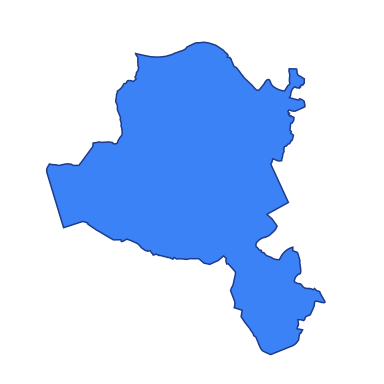 Phachi, Phra Nakhon Si Ayutthaya, Thailand (orthographic projection), rotated 8°
{"feature_id": "78962969B2031869857401", "entity_name": "Phachi", "entity_type": "district", "adm_level": 2, "iso_a3": "THA", "parent_name": "Thailand", "parent_adm1": "Phra Nakhon Si Ayutthaya", "projection": "orthographic", "projection_center": [100.735, 14.433], "detail": "fine", "context": "isolated", "style": "filled", "palette": "blue", "viewbox_px": 384, "rotation_deg": 8, "n_neighbors": 0, "source": "geoboundaries", "source_scale": "gbopen_adm2", "svg_char_len": 5916}
<svg xmlns="http://www.w3.org/2000/svg" viewBox="0 0 384 384"><g transform="rotate(8 192 192)"><path d="M45.7,193.1L69.8,245.2L87.7,236.5L88.4,236.4L89.5,236.6L89.9,236.5L92.9,237.2L93.0,237.3L93.0,238.1L94.3,238.5L94.3,238.8L102.8,243.0L106.8,244.5L112.8,247.1L120.5,250.2L121.1,250.3L128.1,249.2L128.3,249.3L128.8,250.7L129.0,250.9L130.5,250.4L131.6,249.6L134.0,247.7L134.7,247.9L137.0,248.3L143.9,250.2L145.5,250.9L146.8,251.7L149.1,253.7L150.1,254.5L152.7,255.8L154.1,256.4L156.4,256.8L158.7,255.9L160.5,258.0L161.3,258.3L162.4,259.9L165.4,258.4L166.1,258.9L167.6,259.0L167.7,259.4L170.4,259.3L172.6,259.7L175.8,259.9L176.7,260.2L179.3,260.1L180.0,260.4L182.3,261.2L182.5,261.0L183.3,259.3L186.0,260.5L188.1,260.0L191.3,259.6L196.0,259.5L197.0,259.1L200.2,258.1L201.9,258.0L207.1,257.2L208.0,257.2L208.7,257.5L213.6,260.7L219.6,261.2L227.6,256.1L232.2,250.9L235.4,253.2L235.1,253.9L235.1,255.7L236.5,258.5L237.6,258.0L237.8,258.0L245.0,264.1L245.7,264.7L246.3,265.8L246.4,267.5L245.7,276.7L245.4,279.1L244.4,281.6L243.9,284.3L249.5,294.4L249.9,296.0L250.1,297.7L250.1,298.9L249.9,300.7L258.1,302.1L258.0,308.7L262.4,313.6L265.9,317.0L267.7,318.6L268.7,319.9L272.2,323.7L272.6,324.1L273.0,325.6L275.4,326.7L278.6,332.1L279.1,333.2L281.5,337.0L283.2,338.9L284.3,339.6L288.9,341.1L292.6,342.0L313.1,330.2L314.7,328.9L316.1,327.4L316.8,326.2L318.2,323.6L318.1,320.5L318.2,318.4L318.8,316.6L319.0,316.4L319.4,316.6L319.5,316.4L320.7,313.1L319.6,313.0L315.1,312.8L315.3,309.8L315.7,309.7L315.9,308.3L315.8,307.7L315.5,306.8L314.6,303.7L317.4,303.4L318.8,303.5L320.4,303.8L321.0,303.1L321.3,302.6L321.5,301.2L322.1,299.7L322.8,299.0L325.4,297.7L326.0,297.3L326.4,296.5L328.7,288.6L328.8,287.6L328.8,283.6L329.0,283.3L329.9,282.9L331.3,282.8L336.0,283.3L337.5,283.3L338.7,283.0L339.0,282.6L339.0,282.2L333.5,275.0L332.5,273.2L332.0,272.7L330.7,272.6L329.1,272.3L328.0,271.4L326.7,270.5L326.3,271.3L325.9,271.7L325.7,271.7L325.3,271.7L322.1,271.1L319.8,271.5L316.9,271.4L315.2,270.5L312.7,268.1L312.3,267.9L308.9,267.8L306.5,266.9L305.6,266.2L306.0,263.4L306.7,261.3L308.6,258.7L309.8,258.3L310.4,257.8L310.7,257.2L310.8,255.8L310.1,252.2L308.4,246.4L308.5,245.1L305.3,237.9L304.9,237.4L303.8,236.9L299.9,236.1L299.6,232.6L299.4,232.6L297.0,233.9L295.7,234.8L294.3,235.9L292.7,237.6L291.1,239.7L290.1,241.4L289.5,242.6L287.9,246.9L287.1,247.0L285.0,247.1L282.3,246.9L279.2,245.6L274.9,244.7L274.0,244.2L273.1,243.5L271.7,242.1L270.6,242.0L269.1,241.9L268.9,241.5L268.8,240.2L268.4,240.1L266.8,240.0L266.4,239.8L264.8,238.3L262.8,236.8L262.7,234.8L262.7,233.6L262.9,233.2L264.7,230.6L266.2,229.2L267.7,227.9L271.5,226.3L272.6,225.6L274.0,224.7L275.5,223.2L278.7,219.3L279.5,218.1L280.2,216.7L281.0,213.9L275.0,207.5L269.3,203.8L270.2,203.0L288.9,188.9L266.2,153.6L266.9,151.7L267.3,148.1L267.4,147.8L272.7,149.2L274.6,149.0L276.4,148.5L276.4,147.0L276.6,145.7L276.8,141.3L277.5,139.2L277.1,137.1L276.7,136.8L277.2,135.5L277.1,134.3L277.2,134.1L279.1,133.3L280.3,131.2L281.7,130.7L282.8,128.5L282.8,127.6L283.7,127.1L284.1,126.4L284.6,121.7L281.5,119.8L282.0,118.4L280.4,117.3L280.2,111.4L280.3,110.0L281.6,109.8L282.6,107.2L282.8,106.3L282.6,105.1L282.6,103.9L280.4,103.4L279.5,103.2L279.5,102.8L278.6,102.8L278.1,103.0L277.9,103.0L276.8,101.7L277.7,101.1L277.6,100.4L276.8,100.3L276.3,99.6L275.7,99.3L275.7,99.1L275.9,98.9L276.0,98.3L276.7,97.3L279.1,97.7L281.0,97.8L282.9,97.6L291.8,92.0L291.9,91.8L291.6,89.8L290.3,86.4L288.2,85.3L286.4,84.8L285.5,84.7L285.4,84.8L285.1,86.1L284.8,86.2L275.3,85.0L275.8,84.3L276.2,82.6L276.1,80.2L276.6,77.3L276.8,76.6L278.8,73.6L281.5,74.3L282.7,74.0L283.3,74.2L284.0,74.2L284.2,72.9L284.9,72.9L285.0,72.1L284.9,71.9L285.1,70.9L285.5,70.6L286.3,70.9L287.1,70.4L287.3,70.2L287.4,69.3L288.0,68.8L287.5,64.3L285.3,63.4L284.8,63.0L280.7,61.6L280.2,60.5L279.4,59.5L279.2,57.8L278.7,56.7L278.6,55.7L277.2,55.7L271.9,56.4L271.1,56.4L271.1,58.6L271.6,59.7L272.6,62.8L272.6,64.7L272.8,67.3L273.2,69.4L273.7,70.9L273.7,71.2L273.6,71.8L273.3,72.2L272.1,73.4L269.6,79.0L268.9,79.2L264.7,78.8L261.5,77.9L258.6,76.7L256.8,75.5L255.5,74.2L253.9,71.3L253.3,70.4L253.0,70.2L252.0,70.0L251.4,70.1L250.3,70.9L249.2,72.7L248.2,75.2L245.1,80.3L244.0,81.8L242.9,82.2L241.4,81.8L240.3,81.1L236.3,77.7L227.7,71.6L225.7,69.5L224.7,68.7L222.3,66.1L219.1,63.0L218.2,62.4L216.8,62.2L216.2,61.7L215.9,61.4L212.4,55.6L212.3,54.9L211.3,54.4L211.0,53.8L210.8,53.5L208.1,53.6L208.7,51.5L207.7,51.0L207.7,50.4L205.8,49.3L203.2,47.2L195.2,43.4L190.0,42.4L186.4,42.0L182.5,42.1L178.9,43.1L175.8,43.6L174.6,44.1L173.3,44.8L168.7,47.9L167.3,48.8L166.7,49.3L165.9,50.9L164.8,52.0L163.7,52.8L155.7,56.9L153.3,58.5L147.2,61.3L141.8,62.7L137.5,63.4L132.1,63.8L123.4,63.3L116.9,62.7L117.4,63.8L119.2,65.8L119.8,66.7L120.0,69.3L120.9,74.4L121.8,76.1L121.7,78.3L121.4,79.6L121.2,80.2L120.5,81.1L120.4,81.6L120.3,83.0L120.5,84.1L119.6,85.8L119.8,86.7L120.8,87.7L120.9,88.1L120.7,88.5L119.6,89.4L118.9,90.3L118.4,90.7L117.9,90.8L116.9,90.3L116.1,90.2L113.5,90.5L112.9,90.7L112.6,91.0L112.2,91.6L111.8,93.1L111.4,93.5L111.0,93.8L109.9,94.0L109.3,94.5L109.1,94.9L109.0,96.0L108.2,97.4L107.7,98.5L105.9,100.8L104.1,102.5L104.0,102.9L104.3,103.5L104.3,103.8L103.8,105.3L103.7,106.0L103.9,109.0L103.7,110.7L104.0,113.5L104.8,114.5L106.0,116.6L106.6,120.5L106.9,121.4L110.9,128.3L110.9,128.7L110.7,129.7L110.8,130.2L111.6,132.1L112.3,133.3L112.5,135.0L112.5,136.4L113.5,138.4L114.6,142.6L114.7,143.7L114.6,145.6L114.3,146.1L113.5,147.3L112.6,149.1L111.6,151.8L111.1,154.0L110.9,154.4L110.3,154.7L107.8,155.3L107.4,155.2L106.5,154.1L102.8,154.0L96.8,155.2L96.0,155.4L93.0,155.4L92.0,155.7L90.1,156.5L87.4,157.1L87.3,157.3L87.2,157.7L87.5,160.0L87.1,161.5L78.2,178.0L77.0,180.0L76.4,181.3L71.0,182.2L70.4,182.1L68.8,181.4L67.9,181.3L66.3,181.3L64.1,181.6L62.1,182.1L56.5,184.3L53.5,184.0L50.4,184.3L47.3,184.2L46.9,184.1L45.6,187.3L45.1,188.8L45.0,190.4L45.1,191.2L45.7,193.1Z" fill="#3b82f6" stroke="#1e3a8a" stroke-width="1.5"/></g></svg>